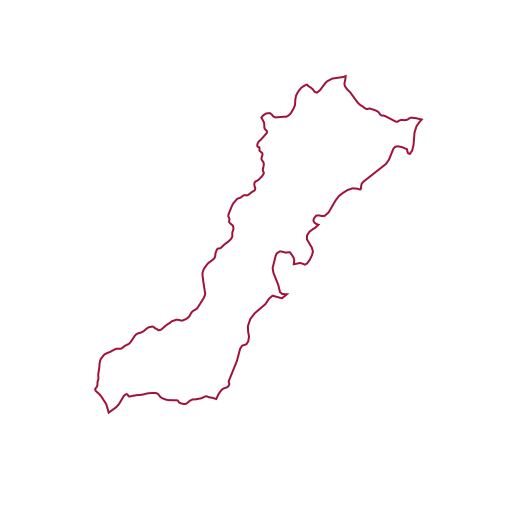 the border of Chumphon, rotated 22°
{"feature_id": "THA-375", "entity_name": "Chumphon", "entity_type": "Province", "adm_level": 1, "iso_a3": "THA", "parent_name": "Thailand", "parent_adm1": "", "projection": "natural_earth1", "projection_center": [99.017, 10.32], "detail": "fine", "context": "isolated", "style": "outline", "palette": "rose", "viewbox_px": 512, "rotation_deg": 22, "n_neighbors": 0, "source": "natural_earth", "source_scale": "10m", "svg_char_len": 5089}
<svg xmlns="http://www.w3.org/2000/svg" viewBox="0 0 512 512"><g transform="rotate(22 256 256)"><path d="M251.2,81.8L253.2,78.4L255.4,70.0L256.4,67.5L260.3,62.9L269.9,57.3L271.7,55.6L272.5,58.1L273.4,63.1L274.0,64.1L274.9,65.3L278.2,67.4L282.1,69.0L292.2,75.3L294.5,76.4L296.7,77.1L298.4,77.3L301.6,78.2L303.2,78.3L304.4,78.0L305.6,76.9L306.4,76.6L312.3,76.2L315.0,76.5L316.6,77.2L318.1,78.3L319.2,78.6L320.1,78.6L321.0,78.3L321.9,78.0L323.6,77.9L334.7,79.0L336.4,78.8L337.1,78.2L338.1,76.8L339.3,75.7L340.9,75.0L341.9,74.8L343.4,74.1L344.8,73.3L345.4,72.7L346.0,71.9L346.4,71.2L346.9,70.6L347.5,70.0L348.3,69.6L349.1,69.2L351.6,68.7L352.6,68.3L358.5,67.4L357.3,70.7L356.2,75.6L356.7,82.1L360.4,93.8L361.3,99.6L360.4,103.8L358.4,103.7L356.7,101.7L356.2,100.5L351.7,100.3L348.4,100.7L346.1,101.3L344.1,102.7L343.2,105.3L343.2,116.7L342.1,121.8L327.8,146.8L326.9,149.3L327.4,152.3L328.2,154.2L327.6,155.4L324.4,155.7L320.2,157.1L316.3,160.4L313.0,164.9L310.4,169.4L308.9,175.0L307.0,188.4L304.6,193.1L302.0,194.3L299.0,194.8L296.6,196.1L295.6,199.8L296.1,201.9L297.6,203.1L299.8,203.7L302.2,203.6L300.5,207.4L298.3,210.4L296.4,213.6L295.6,217.9L297.1,221.6L304.5,227.2L307.1,230.5L307.6,234.0L307.3,239.1L306.2,243.7L304.6,245.7L301.2,245.7L299.4,246.0L294.1,249.5L293.2,245.9L291.5,243.5L289.0,241.6L285.9,239.8L282.2,241.8L279.1,242.1L276.5,242.7L274.3,245.7L274.2,248.8L275.9,260.9L278.5,265.1L287.4,274.4L291.8,280.5L294.5,281.4L299.0,279.9L295.9,285.5L286.2,286.6L284.1,290.6L282.7,297.2L276.3,309.5L274.3,316.5L274.8,324.2L277.1,329.2L279.7,333.3L280.8,338.2L280.1,341.5L276.7,344.4L276.0,347.9L277.6,360.2L277.6,382.2L277.9,383.0L278.7,383.8L279.3,385.0L279.2,387.0L278.3,388.6L275.3,391.3L274.3,392.9L273.5,395.7L273.0,398.3L272.7,403.5L268.8,403.8L265.2,404.6L263.3,404.5L262.5,404.7L261.5,405.3L258.6,408.4L253.6,411.6L251.0,412.7L249.1,414.7L248.4,415.9L247.4,417.9L246.5,419.3L245.4,419.9L244.0,420.4L241.1,420.8L239.6,420.6L238.7,420.1L238.2,419.6L237.8,419.4L237.1,419.3L228.9,422.4L226.4,422.9L222.4,423.0L221.4,422.8L220.5,422.6L219.7,422.3L217.5,421.0L216.7,420.6L215.8,420.5L214.5,420.6L211.3,421.8L207.0,423.9L202.8,427.0L199.2,429.0L197.6,429.6L195.4,431.1L194.7,431.4L191.9,433.4L191.2,433.7L190.5,433.8L189.9,433.4L189.3,432.9L188.6,432.6L187.8,432.5L186.8,433.4L185.9,435.1L184.4,444.8L183.2,448.2L178.1,456.4L172.7,449.5L164.9,444.0L162.3,442.7L158.1,441.2L157.2,440.5L156.7,439.5L156.9,438.6L157.2,437.8L157.4,436.7L157.4,435.4L156.3,432.3L156.1,431.0L156.1,429.9L155.8,428.8L155.4,427.7L154.1,425.0L153.8,423.9L153.6,422.9L152.6,418.6L151.1,413.7L150.7,411.2L150.7,409.4L152.0,404.9L152.4,404.1L152.9,403.4L154.0,402.1L156.4,399.8L157.5,398.6L158.0,397.9L160.8,394.7L161.5,394.2L162.3,393.8L163.1,393.5L164.0,393.3L164.7,392.9L165.5,392.5L166.1,391.9L167.9,388.8L168.3,388.2L171.1,385.0L171.7,383.6L172.3,381.6L173.1,377.3L173.6,375.1L174.2,373.7L175.2,372.3L175.8,371.7L176.5,371.2L177.2,370.8L179.0,369.0L180.0,367.7L182.1,363.8L183.1,362.4L183.8,361.9L185.9,360.5L186.7,360.2L187.4,360.1L188.2,360.3L188.8,360.6L189.6,360.8L191.4,360.9L193.3,361.4L194.3,360.9L195.6,359.8L199.3,352.8L201.3,350.2L202.1,348.6L202.6,347.9L203.3,347.3L205.7,345.2L206.0,345.0L207.3,344.4L211.1,343.8L211.9,343.5L214.9,340.5L216.3,338.2L216.9,336.2L217.2,333.3L217.6,331.8L218.2,330.5L220.6,327.5L221.2,326.1L223.2,315.0L223.3,312.2L223.2,310.3L216.5,299.1L215.7,297.5L214.3,295.2L213.2,292.9L212.8,291.7L212.6,290.3L212.5,287.4L213.9,281.7L214.6,280.2L215.2,279.0L215.7,278.3L217.1,276.1L218.2,273.8L218.3,272.4L218.2,271.3L217.4,268.5L217.3,265.5L217.5,264.0L218.2,263.1L219.1,262.8L219.9,262.3L220.5,261.4L222.2,257.5L224.7,253.4L226.2,250.3L226.7,248.4L226.7,247.0L226.5,246.0L226.0,245.2L225.2,242.9L225.1,240.8L225.0,239.4L224.5,238.4L224.0,237.7L223.6,236.9L223.0,236.4L220.3,235.6L219.5,235.2L218.6,234.8L218.1,234.0L217.8,232.7L217.5,231.6L216.9,230.9L215.7,229.9L215.3,229.1L215.0,228.1L214.9,227.1L214.9,218.2L215.1,216.2L215.5,214.7L215.9,213.7L217.0,210.4L217.4,209.9L217.7,209.5L219.5,208.0L220.0,207.4L221.4,204.9L221.9,204.4L222.5,203.9L225.0,203.1L225.6,202.6L226.2,201.8L227.9,198.7L230.1,195.8L230.2,194.7L230.1,193.8L229.6,193.0L228.3,191.6L227.8,190.6L227.2,188.9L227.3,187.8L227.7,186.9L228.3,186.4L229.3,185.2L230.3,183.4L231.8,179.4L232.2,177.3L232.1,175.9L230.7,174.6L230.0,173.6L229.2,169.1L228.8,167.8L227.8,166.4L227.2,165.9L225.7,165.0L225.0,164.4L224.6,163.7L224.3,162.8L224.1,159.6L223.7,158.8L223.1,158.2L221.4,157.6L220.5,157.4L219.8,157.0L219.3,156.3L219.1,155.3L218.8,154.5L218.3,154.0L216.8,154.1L216.1,153.7L215.4,152.0L215.4,150.8L215.5,149.6L215.8,148.6L216.2,147.7L217.0,146.2L219.8,138.3L219.8,137.0L219.4,136.2L217.0,135.1L216.3,134.6L215.8,134.0L215.3,133.1L214.3,130.7L213.3,129.1L209.1,125.6L210.2,122.5L212.2,119.9L215.4,118.3L217.6,118.9L219.7,120.1L222.2,120.2L230.8,115.9L231.9,115.6L233.7,113.3L234.7,111.1L235.6,105.5L235.6,101.4L233.7,95.7L233.1,92.3L233.3,89.4L233.9,86.4L234.8,83.5L236.2,81.1L238.4,78.4L239.3,78.0L240.6,78.8L243.6,79.3L246.3,80.2L248.8,81.8L251.2,81.8Z" fill="none" stroke="#9f1239" stroke-width="2"/></g></svg>